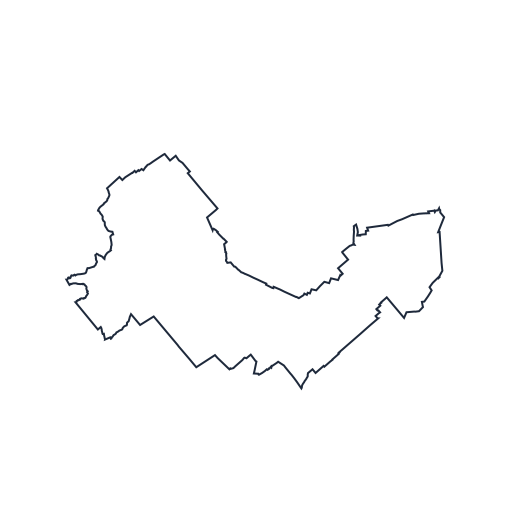 the district of Calera, Zacatecas, Mexico, rotated 48°
{"feature_id": "50627088B82170663698753", "entity_name": "Calera", "entity_type": "district", "adm_level": 2, "iso_a3": "MEX", "parent_name": "Mexico", "parent_adm1": "Zacatecas", "projection": "natural_earth1", "projection_center": [-102.752, 22.979], "detail": "fine", "context": "isolated", "style": "outline", "palette": "slate", "viewbox_px": 512, "rotation_deg": 48, "n_neighbors": 0, "source": "geoboundaries", "source_scale": "gbopen_adm2", "svg_char_len": 6111}
<svg xmlns="http://www.w3.org/2000/svg" viewBox="0 0 512 512"><g transform="rotate(48 256 256)"><path d="M217.1,424.0L218.9,418.8L220.4,419.2L220.5,418.7L219.9,417.2L220.0,416.5L219.8,415.9L219.5,414.7L219.8,413.5L219.9,412.1L219.4,410.9L219.9,409.0L220.0,407.4L220.8,405.4L221.0,404.5L220.3,403.1L220.1,401.2L220.5,399.7L221.0,398.5L220.3,397.4L219.4,396.7L219.2,395.7L219.3,394.4L218.1,392.4L216.8,390.5L215.6,387.8L229.7,388.3L232.5,372.5L269.8,373.8L271.7,374.0L287.8,374.4L298.7,374.8L302.2,352.8L306.1,352.8L322.4,351.6L322.3,350.4L322.9,350.4L324.2,347.8L324.1,345.2L324.2,335.8L323.8,333.1L323.9,332.6L324.0,332.4L325.6,331.5L325.7,327.8L325.8,325.9L327.0,326.0L333.6,326.6L334.7,326.3L340.0,333.5L341.9,336.2L345.0,333.1L345.8,333.4L346.2,333.3L347.0,329.8L347.4,326.4L347.4,323.8L348.4,323.5L348.2,321.6L348.6,321.5L348.3,319.4L349.2,319.3L348.2,317.9L348.5,317.7L349.3,312.2L349.4,310.3L356.1,308.5L358.1,308.7L366.3,309.1L368.1,309.1L372.4,309.4L377.3,309.9L384.8,310.9L384.5,310.1L383.5,309.0L382.9,308.1L382.3,306.4L382.0,304.8L381.6,303.9L381.0,301.0L380.5,299.6L380.3,298.7L379.9,297.9L378.9,297.1L377.8,295.7L378.0,289.8L382.8,290.0L382.9,279.3L384.0,279.3L384.1,271.4L384.3,268.6L384.0,268.5L384.1,260.1L383.6,260.0L383.6,258.8L383.2,258.9L383.7,230.8L383.8,217.7L384.1,206.9L383.7,207.3L380.6,207.3L380.7,203.0L380.9,201.5L378.2,201.5L377.9,201.7L377.9,202.1L377.6,202.2L376.0,202.1L376.1,196.9L374.5,196.9L374.6,194.3L374.1,194.3L374.2,189.0L374.2,186.5L401.1,187.4L398.5,181.8L403.1,175.7L404.1,174.7L406.1,171.8L405.7,166.1L404.4,165.4L401.1,163.4L402.5,161.4L401.1,155.3L400.0,151.3L399.1,148.5L395.3,147.9L394.2,142.7L394.0,137.7L393.9,135.2L394.6,135.3L394.5,133.7L393.9,133.7L391.7,127.4L385.4,122.8L361.0,103.5L360.2,104.7L356.7,97.7L353.0,90.2L348.0,90.0L347.5,90.0L347.0,90.0L346.3,89.4L345.4,88.6L345.1,88.4L344.2,88.5L343.7,88.4L343.0,88.0L343.8,90.3L342.5,92.0L343.0,93.7L341.5,93.2L341.5,93.3L338.1,98.2L340.0,98.8L336.7,102.7L333.6,106.7L330.7,111.8L330.1,111.7L326.4,122.9L324.5,127.6L322.0,137.3L321.1,137.1L309.3,154.5L312.2,155.7L310.9,157.6L313.3,159.9L311.5,162.2L309.7,165.0L310.3,165.2L308.5,167.1L306.4,164.3L303.7,162.5L299.6,160.6L299.3,163.4L300.5,164.2L301.5,165.3L302.3,166.0L303.4,166.8L303.9,167.3L306.4,169.9L309.5,172.9L310.3,173.4L311.3,174.7L311.6,174.9L313.6,175.3L312.2,176.5L312.0,177.7L311.2,179.6L310.9,184.4L310.7,189.3L311.0,189.5L320.3,190.0L320.0,203.2L327.2,203.5L327.2,206.2L326.6,206.2L328.8,211.1L322.8,215.2L325.1,219.8L320.9,222.5L321.2,228.6L321.8,234.2L317.9,237.0L319.9,241.0L317.9,242.2L318.9,244.2L316.3,245.2L316.9,246.9L316.0,252.4L315.4,252.7L315.2,252.6L313.5,253.3L313.4,253.6L313.0,253.8L301.5,258.8L296.9,260.6L294.8,261.6L291.3,263.2L290.7,263.5L291.5,264.6L291.0,264.9L290.8,265.2L287.4,266.5L284.0,267.8L283.4,266.8L280.4,268.2L274.6,270.6L270.3,272.5L266.0,274.2L261.9,276.1L261.7,276.3L260.4,276.7L260.1,276.9L259.7,277.0L258.8,277.5L258.2,277.9L257.5,277.9L254.7,278.2L254.3,278.4L250.9,278.5L249.9,278.7L249.3,279.3L243.8,279.1L241.9,281.9L240.8,281.6L239.5,281.5L238.8,280.9L238.5,280.3L238.4,279.8L236.4,278.4L235.0,277.3L234.2,276.3L232.8,276.2L232.8,275.7L232.1,275.7L230.5,274.8L230.5,274.6L225.9,271.8L226.0,268.6L225.9,268.3L221.5,268.5L221.3,268.7L215.3,269.0L212.4,268.9L212.4,268.3L209.6,268.6L208.3,269.1L208.2,269.0L207.3,269.3L207.2,270.1L207.8,271.0L194.6,266.6L195.0,255.0L194.9,252.8L171.4,252.2L148.8,251.3L148.9,248.6L146.4,248.6L137.6,248.3L133.6,249.3L133.1,249.3L127.8,248.6L127.5,256.0L119.1,255.6L118.8,256.6L118.0,261.9L116.9,269.5L116.6,272.2L116.3,274.1L115.7,275.6L116.1,277.9L115.9,278.1L116.9,282.3L114.8,282.8L114.6,286.0L113.5,286.0L113.5,289.2L111.5,289.2L111.6,292.3L111.5,292.5L111.3,292.5L110.0,300.5L110.1,304.5L105.9,304.6L106.0,321.4L108.0,321.9L109.6,322.5L110.1,322.9L112.2,323.8L112.7,324.2L113.1,324.9L114.1,327.2L114.3,328.5L114.8,328.9L115.1,329.4L115.4,330.7L115.2,331.9L115.3,332.6L115.1,333.5L115.3,334.3L115.6,334.6L115.3,338.4L115.4,340.0L116.2,342.5L116.6,343.1L117.9,342.6L120.6,343.2L121.9,343.1L123.6,343.4L124.2,343.6L125.7,345.2L127.6,345.9L129.1,345.7L129.8,345.9L131.3,347.2L132.2,347.8L133.2,348.1L134.0,348.3L135.0,348.4L136.6,348.8L138.1,348.9L138.5,348.8L138.9,348.7L140.5,347.7L141.9,346.5L144.4,347.7L143.8,348.9L144.0,350.9L144.3,351.5L146.2,352.6L148.9,354.2L151.2,355.9L152.1,357.5L153.1,358.4L153.9,359.9L154.7,360.0L154.6,361.6L154.3,363.0L154.2,364.6L154.4,365.7L154.8,367.4L155.5,369.0L156.8,370.6L155.6,370.8L154.8,370.7L154.3,370.6L153.8,370.8L152.8,370.9L151.9,371.5L151.3,371.5L150.5,372.2L149.3,372.3L148.5,372.6L147.8,372.9L148.0,373.5L147.9,374.4L147.8,374.8L148.2,375.1L149.8,375.8L150.7,376.7L151.2,376.8L151.7,377.4L153.6,377.9L154.1,378.3L154.5,379.6L154.8,380.3L155.3,381.1L155.3,381.3L155.4,381.9L155.3,383.0L155.5,383.7L155.0,384.4L153.3,388.2L152.4,389.1L152.3,389.5L152.6,389.8L152.9,390.7L153.7,391.9L154.6,393.5L154.4,394.9L153.7,396.1L151.9,398.8L150.4,400.7L149.8,402.0L149.6,403.2L148.8,403.2L148.5,403.3L148.3,403.9L148.4,404.2L148.4,404.6L148.2,405.1L147.6,405.6L147.1,405.8L146.9,406.2L147.2,407.0L148.0,408.3L148.1,409.0L147.9,409.4L147.5,409.6L146.8,409.4L146.5,409.7L146.4,410.1L147.1,411.3L147.0,412.5L146.8,412.7L152.7,414.0L152.8,413.4L152.6,412.9L152.8,412.3L152.9,412.1L153.3,412.0L154.0,410.2L155.5,408.4L156.5,407.6L157.0,407.5L157.6,407.0L159.4,405.3L160.0,404.5L160.8,403.3L161.2,403.5L161.4,403.3L161.6,402.8L162.3,402.5L163.7,402.7L164.5,402.5L165.4,402.6L165.9,402.9L166.7,403.9L167.3,404.2L168.6,404.7L169.4,404.6L169.7,404.7L169.7,405.3L169.8,405.7L171.4,406.0L171.8,407.1L172.1,408.6L172.2,409.3L172.8,410.3L172.9,410.9L172.2,411.8L172.4,412.6L171.7,413.0L171.4,413.5L170.7,414.0L170.4,414.6L170.2,415.1L170.1,415.6L170.6,415.9L170.6,416.3L170.2,417.0L170.1,417.5L169.9,417.5L169.6,417.9L169.6,419.0L169.8,419.4L169.5,419.6L169.6,419.8L169.8,419.9L169.9,420.2L169.8,420.8L169.6,421.1L204.8,422.7L204.9,418.9L205.8,419.1L207.1,419.7L208.5,420.7L209.6,421.2L210.5,421.8L211.4,422.1L212.0,421.1L213.8,422.3L215.0,422.9L216.3,423.7L216.9,423.7L217.1,424.0Z" fill="none" stroke="#1e293b" stroke-width="2"/></g></svg>